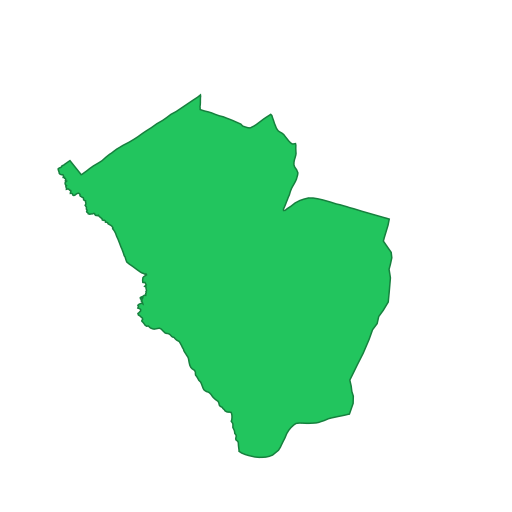 outline of Angkor Thum, Siemréab, Cambodia, rotated 146°
{"feature_id": "14789045B45657319092410", "entity_name": "Angkor Thum", "entity_type": "district", "adm_level": 2, "iso_a3": "KHM", "parent_name": "Cambodia", "parent_adm1": "Siemréab", "projection": "mercator", "projection_center": [103.881, 13.579], "detail": "fine", "context": "isolated", "style": "filled", "palette": "green", "viewbox_px": 512, "rotation_deg": 146, "n_neighbors": 0, "source": "geoboundaries", "source_scale": "gbopen_adm2", "svg_char_len": 6007}
<svg xmlns="http://www.w3.org/2000/svg" viewBox="0 0 512 512"><g transform="rotate(146 256 256)"><path d="M124.9,212.1L142.8,233.4L148.5,240.5L151.5,243.9L153.0,245.9L154.6,247.8L157.6,251.4L160.3,254.2L162.1,256.5L164.3,259.3L166.5,261.9L169.4,265.3L172.9,269.0L176.2,272.1L180.1,274.8L184.6,276.4L188.7,277.5L193.9,278.1L199.2,277.7L203.7,277.8L206.3,277.5L207.7,278.3L207.1,279.5L204.9,280.8L202.5,282.4L200.7,283.7L198.3,285.3L196.5,286.6L194.2,288.0L191.7,290.1L190.3,291.1L188.5,292.3L186.4,293.4L184.5,294.3L181.8,295.7L179.5,297.1L178.0,298.4L176.1,300.0L174.8,301.5L174.1,304.9L174.2,308.0L173.6,310.4L172.1,312.5L170.2,314.4L168.8,315.5L166.7,317.3L165.5,318.6L164.4,320.5L162.9,322.9L161.0,325.6L160.4,327.1L161.5,327.6L162.8,328.2L163.5,329.0L164.1,330.7L164.4,332.3L164.6,333.5L164.7,335.3L165.0,338.8L165.1,341.2L165.8,343.4L166.7,345.1L167.6,347.2L167.7,349.0L167.6,350.9L167.0,353.4L166.6,355.5L165.7,358.5L165.0,361.3L164.3,363.6L164.6,365.2L166.7,365.2L169.7,365.3L173.0,365.3L178.4,365.0L182.4,364.8L185.3,364.9L187.2,365.2L188.7,365.3L190.0,366.0L191.0,366.9L192.6,368.8L194.4,371.2L194.8,373.8L195.5,374.9L196.5,376.5L197.9,378.7L199.3,381.0L201.2,383.8L203.2,386.6L205.2,389.6L208.0,392.7L210.4,395.9L212.8,399.5L215.0,402.2L217.4,404.8L219.5,407.4L220.4,408.7L219.9,409.4L219.3,410.4L218.8,411.3L217.6,412.6L216.4,414.2L215.1,416.1L213.7,418.1L212.6,419.4L212.0,420.6L215.5,420.3L221.2,420.4L225.4,420.4L229.4,420.4L236.0,420.4L241.4,420.4L247.3,421.0L252.5,420.7L257.6,420.6L264.2,421.1L270.8,420.9L277.2,421.1L281.7,421.1L287.5,420.9L291.9,421.0L297.5,421.3L304.3,422.1L311.7,422.5L315.7,422.3L318.3,422.1L320.5,422.2L325.4,421.8L330.4,421.1L333.9,421.2L340.5,421.6L345.1,421.5L348.8,421.2L352.4,421.1L354.4,421.0L355.5,421.2L355.5,422.0L356.9,439.1L358.8,439.1L360.3,439.1L361.4,439.0L362.3,439.1L363.2,439.0L364.8,438.9L366.3,439.3L367.1,438.8L368.3,438.6L369.5,438.9L371.1,439.0L371.7,438.2L372.1,436.6L372.4,435.5L372.9,434.5L372.7,433.4L371.9,432.2L370.6,431.4L370.9,429.9L371.9,429.0L370.8,428.3L371.3,427.5L370.7,426.8L371.0,425.7L372.0,425.0L371.2,424.0L372.3,423.8L373.1,423.6L373.9,422.6L374.1,421.3L373.8,420.3L374.6,420.2L375.0,419.3L375.2,418.2L375.9,417.3L374.2,416.7L373.8,415.7L373.7,414.8L373.0,414.0L373.2,413.2L374.0,412.8L374.9,411.7L373.8,411.0L373.4,410.2L373.8,409.0L373.2,408.0L372.0,407.7L371.0,407.8L369.9,407.9L368.2,407.5L367.7,406.7L367.4,405.5L368.0,404.9L368.2,403.7L367.7,403.1L367.3,401.8L366.6,401.0L367.0,399.8L367.5,399.0L367.1,397.9L366.4,397.1L367.1,396.1L367.5,395.0L368.0,394.2L369.3,393.6L369.3,392.7L369.2,391.4L369.9,390.5L370.5,389.5L370.3,388.4L371.5,387.7L371.7,386.9L371.2,385.8L371.5,384.8L370.5,383.6L369.2,383.1L367.9,382.3L367.1,382.2L366.1,381.5L366.4,380.5L366.3,379.4L365.6,379.0L365.2,378.2L363.9,378.0L363.9,376.6L362.8,372.9L363.3,371.9L362.6,370.9L361.6,370.3L361.3,369.2L361.9,368.2L361.0,367.6L360.4,366.6L360.6,365.3L359.8,363.8L359.1,362.3L358.8,361.2L358.9,359.2L359.6,358.8L359.5,357.9L359.4,356.3L359.7,353.4L360.5,350.3L361.0,347.1L362.0,342.7L362.9,339.0L363.3,336.6L364.4,332.2L365.1,329.9L365.1,328.2L365.6,326.8L366.1,325.0L366.5,323.3L365.6,320.2L364.9,318.5L363.9,315.9L362.8,312.7L361.9,310.2L361.0,307.8L360.2,306.0L359.1,304.5L358.4,303.2L357.2,302.7L357.3,301.6L358.2,301.6L360.6,301.6L361.8,301.3L363.5,299.4L364.6,297.4L364.0,296.8L362.9,296.3L363.0,295.0L363.2,293.4L365.3,293.1L364.5,291.7L365.2,290.8L365.7,289.5L366.1,288.5L367.2,288.0L367.4,287.0L368.4,286.6L368.7,285.9L369.5,285.0L370.4,285.9L371.8,285.8L373.3,285.9L373.1,284.7L373.9,284.3L374.1,286.2L375.2,286.2L375.7,285.2L375.3,283.1L376.3,282.9L376.0,281.5L376.6,279.6L377.1,280.8L379.8,281.4L381.5,281.2L381.6,280.0L383.1,278.9L382.4,278.0L381.7,276.8L381.6,276.0L382.5,274.9L383.3,274.8L385.0,274.4L386.0,274.4L386.5,272.9L385.7,271.2L385.4,269.6L384.9,268.1L385.5,266.7L386.6,266.5L387.1,265.7L386.8,264.4L386.6,262.3L386.7,261.0L386.0,259.0L384.3,258.1L384.1,256.7L383.7,255.3L382.4,253.4L381.3,252.3L380.1,251.8L378.5,251.1L376.4,250.2L375.4,248.3L375.1,246.4L374.7,244.5L374.4,243.0L373.6,242.0L372.1,240.7L371.2,238.9L370.9,236.6L370.5,235.5L369.8,234.8L369.4,234.1L369.3,232.6L368.8,230.6L368.1,229.2L367.5,228.2L367.5,226.8L367.6,225.9L367.8,223.4L368.2,221.0L368.2,219.5L368.8,217.6L368.9,215.9L368.9,214.4L369.0,212.7L369.0,210.2L369.3,208.9L370.2,206.8L370.8,205.5L371.5,203.7L372.0,202.3L372.3,200.1L372.0,198.2L370.9,195.5L371.2,193.6L372.0,192.4L372.7,191.1L372.6,189.7L372.6,188.4L372.7,186.7L372.8,185.9L372.9,185.0L372.7,183.9L372.4,182.5L372.7,180.7L373.4,177.7L373.8,176.1L374.0,174.3L373.5,172.7L372.8,171.2L371.7,169.9L371.1,168.6L370.7,166.5L370.7,164.5L370.6,162.9L370.2,161.0L369.8,159.5L369.1,157.7L368.7,156.5L369.2,154.3L369.8,153.0L369.7,151.3L369.0,150.2L368.6,149.2L368.7,148.4L368.5,147.2L368.2,146.4L368.3,145.0L367.9,144.2L367.3,143.0L366.3,142.1L365.5,141.6L364.1,140.3L364.5,138.6L365.2,137.1L366.1,135.7L367.7,133.7L368.9,132.9L368.9,131.8L368.9,130.2L369.5,129.0L370.2,128.0L371.1,126.7L371.2,125.6L371.5,123.7L372.0,122.3L372.8,120.8L372.7,118.8L373.1,117.7L373.7,117.2L375.1,115.7L375.4,114.6L375.0,113.5L374.8,112.3L375.0,111.4L375.5,110.4L376.3,109.1L377.1,107.6L377.8,106.2L378.7,104.4L379.3,103.6L378.1,100.7L375.9,97.4L373.6,94.6L372.0,92.9L369.3,90.0L366.0,87.3L363.2,85.5L360.3,83.8L357.0,82.5L353.5,81.7L349.2,82.1L346.0,82.4L342.8,83.8L340.5,85.2L337.2,87.1L333.9,88.9L329.8,91.6L326.3,93.2L323.0,94.2L319.3,94.8L316.4,94.8L313.5,93.3L310.7,91.3L307.9,89.2L305.2,87.4L301.9,85.4L299.5,84.0L297.1,83.0L294.7,82.4L291.7,81.5L289.1,81.0L286.9,80.6L283.8,79.5L282.1,78.8L279.6,77.8L277.6,77.0L273.8,75.4L271.1,74.3L268.3,73.3L267.0,72.7L265.1,74.1L257.9,79.5L253.7,85.4L252.3,90.1L249.9,94.8L247.6,100.7L243.0,103.3L232.6,109.3L221.6,115.4L208.9,123.6L200.6,129.7L193.4,132.2L188.1,137.2L180.9,139.8L172.1,143.9L165.5,151.9L156.8,162.7L153.1,170.6L149.3,173.9L144.4,178.6L141.9,183.4L142.1,197.1L139.5,199.4L129.2,207.8L124.9,212.1Z" fill="#22c55e" stroke="#15803d" stroke-width="1.5"/></g></svg>